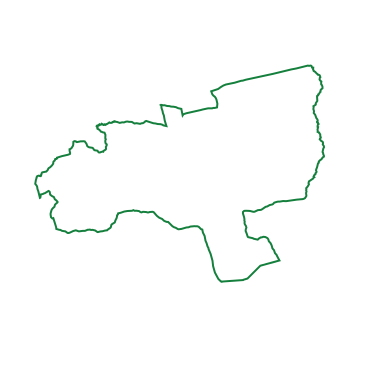 Chunya, Mbeya, United Republic of Tanzania, rotated 77°
{"feature_id": "72390352B92011686492741", "entity_name": "Chunya", "entity_type": "district", "adm_level": 2, "iso_a3": "TZA", "parent_name": "United Republic of Tanzania", "parent_adm1": "Mbeya", "projection": "robinson", "projection_center": [33.407, -7.806], "detail": "fine", "context": "isolated", "style": "outline", "palette": "green", "viewbox_px": 384, "rotation_deg": 77, "n_neighbors": 0, "source": "geoboundaries", "source_scale": "gbopen_adm2", "svg_char_len": 6018}
<svg xmlns="http://www.w3.org/2000/svg" viewBox="0 0 384 384"><g transform="rotate(77 192 192)"><path d="M278.4,122.2L273.6,123.5L272.4,123.7L270.2,124.9L267.1,125.2L265.1,126.3L262.0,126.4L259.4,127.0L257.3,128.2L255.3,128.3L254.2,128.7L253.6,129.2L252.4,130.6L251.7,132.5L251.9,134.3L251.7,135.2L252.5,137.6L253.0,138.2L253.2,138.7L251.3,142.6L250.7,143.1L248.6,147.5L247.9,147.8L244.6,148.1L242.0,148.5L240.5,148.0L238.9,147.0L237.2,147.1L235.2,147.8L234.0,147.8L232.7,147.3L231.5,147.4L230.3,147.0L228.2,146.9L224.3,147.2L222.9,146.8L222.2,145.6L222.2,144.8L222.5,143.3L223.5,139.8L225.1,136.7L225.3,135.5L224.5,131.9L224.9,128.9L224.7,127.9L223.0,123.6L223.0,121.9L222.2,119.3L222.2,116.5L222.0,115.8L220.9,114.3L220.7,111.6L220.7,110.3L221.1,108.5L221.3,105.2L222.1,102.4L223.0,91.7L223.8,85.9L223.8,84.7L223.4,83.3L221.9,81.7L221.4,81.4L218.7,81.1L217.2,80.3L216.0,80.4L214.9,79.9L214.0,79.9L212.7,78.1L211.0,76.5L210.7,76.3L209.6,76.5L208.0,75.7L206.1,70.9L205.3,70.2L205.1,69.6L204.4,70.1L203.2,69.2L203.2,68.9L202.6,68.5L202.4,67.7L201.3,67.3L201.1,66.8L200.4,66.1L198.8,66.3L197.8,65.8L195.9,64.5L192.5,62.8L192.0,61.9L190.8,61.6L189.5,59.5L189.4,58.8L189.0,58.2L188.5,57.8L187.4,56.3L187.2,55.5L186.2,55.3L184.9,55.6L183.4,55.5L182.4,55.8L179.2,54.3L178.1,53.3L176.9,53.2L175.1,53.9L173.8,53.3L172.8,53.3L172.1,53.7L171.4,54.6L170.6,54.9L169.5,55.7L168.7,55.3L168.1,54.3L167.5,54.2L166.9,54.5L164.6,54.1L163.3,54.8L162.7,54.7L161.7,56.1L160.7,55.7L159.5,55.7L157.1,54.5L156.7,55.0L156.1,54.7L155.4,54.6L154.5,54.0L154.2,53.4L153.2,54.0L152.6,53.7L152.1,54.4L151.6,54.3L151.4,53.9L150.5,53.4L149.4,53.5L148.0,54.2L144.5,54.6L142.4,55.6L140.6,54.9L138.5,55.1L136.7,54.4L135.7,54.4L134.8,51.9L134.3,51.6L133.8,51.6L133.2,51.3L131.4,49.4L127.2,48.7L126.6,48.5L126.2,47.3L125.3,47.1L125.1,46.3L123.3,44.6L123.3,44.3L121.7,43.8L120.9,42.8L120.4,41.6L119.0,41.2L117.2,41.3L116.3,41.9L114.6,41.6L113.4,41.1L112.3,42.0L111.1,42.4L109.5,41.8L109.0,41.1L107.1,41.3L106.5,41.9L106.0,43.0L105.2,43.2L104.7,43.8L102.7,44.9L101.5,46.2L101.0,46.1L100.0,46.5L98.1,45.9L97.7,47.1L96.4,47.1L95.8,47.5L95.5,48.0L95.4,49.7L94.9,50.6L94.9,51.3L95.1,62.7L94.9,67.8L95.1,86.5L94.7,114.2L94.9,117.6L94.7,119.1L95.1,125.9L94.9,134.8L95.3,137.5L96.3,140.5L97.5,143.3L98.2,150.6L101.5,150.2L103.0,149.4L104.3,148.3L105.8,147.7L107.5,147.4L111.7,147.4L115.2,148.6L115.2,151.1L114.9,152.2L115.0,153.6L114.1,157.5L114.0,163.1L114.1,165.0L114.0,179.7L114.2,182.0L114.3,182.8L115.3,183.9L108.6,183.7L107.2,186.7L105.7,188.6L104.6,191.2L104.1,193.2L103.3,194.5L102.6,196.9L101.3,199.2L101.1,200.4L100.1,202.6L100.2,202.9L100.9,202.4L103.2,202.8L106.6,202.5L108.6,202.6L111.1,202.2L116.1,202.5L122.0,202.1L120.6,205.0L119.8,205.7L118.8,207.5L118.1,210.0L117.0,212.2L116.3,214.2L112.5,220.6L112.6,221.6L113.3,222.6L113.9,224.4L113.7,225.6L113.9,227.3L112.5,230.5L112.3,232.7L110.2,234.8L109.4,237.8L108.9,238.7L108.6,240.4L108.9,242.7L108.4,244.3L108.4,246.9L106.9,249.2L106.4,250.6L105.6,251.4L105.6,251.9L106.1,252.0L106.2,252.3L105.9,253.4L105.9,253.7L106.4,254.0L106.5,255.0L106.2,256.3L105.6,256.9L106.6,259.2L106.6,260.4L106.9,260.6L106.8,260.9L107.1,261.4L106.4,262.1L106.9,262.8L106.8,263.2L106.4,263.3L105.3,264.5L105.8,264.8L105.5,266.2L105.9,266.1L106.0,267.0L105.4,267.2L105.7,267.6L105.7,268.0L106.4,268.3L106.4,269.3L106.0,269.6L106.2,270.0L106.5,270.2L107.2,270.0L108.0,269.5L108.4,269.5L108.7,269.9L109.1,269.9L110.5,268.3L112.9,267.0L113.1,266.3L113.7,265.7L114.5,263.9L116.9,263.5L120.1,264.4L121.2,264.1L121.9,264.7L123.6,265.2L125.3,265.2L126.3,264.4L126.7,264.4L127.6,264.8L128.7,265.8L130.7,266.1L131.3,266.7L132.1,269.1L132.7,269.4L132.5,269.7L132.6,271.9L132.8,272.8L132.6,273.7L131.9,274.3L130.5,274.8L129.3,277.7L126.8,278.8L126.5,279.2L125.3,282.2L124.4,283.2L123.7,283.7L121.2,284.0L118.6,285.1L118.1,286.4L117.9,287.9L117.6,288.9L117.5,292.9L117.1,293.5L116.5,293.8L116.0,295.2L116.4,296.3L119.3,297.1L120.2,297.6L122.1,299.5L122.8,301.0L122.8,301.7L124.3,302.0L126.7,302.0L127.5,302.4L127.8,304.4L127.8,310.8L128.2,315.8L128.8,315.8L129.0,316.0L129.3,317.0L129.1,317.8L130.5,318.7L131.0,319.8L131.5,320.3L133.2,320.9L134.5,322.3L136.0,324.7L136.4,326.0L136.9,326.8L137.9,327.4L139.3,329.3L139.2,333.5L139.9,334.3L141.2,334.9L141.5,335.4L142.2,335.4L142.5,335.8L142.3,336.6L141.6,337.6L141.7,339.4L141.4,339.2L145.4,341.5L148.8,342.9L150.7,342.0L152.0,341.7L154.3,341.9L156.7,341.6L163.5,341.5L163.4,341.1L161.8,340.4L161.0,340.3L160.4,339.9L160.4,337.8L160.1,336.8L160.1,335.7L158.7,331.6L159.3,330.9L160.0,330.6L162.6,330.8L164.3,329.5L165.9,327.7L168.2,327.3L169.8,326.0L171.4,325.2L171.9,325.4L172.9,327.4L173.6,328.4L175.5,329.4L176.4,331.1L177.4,332.4L178.3,333.1L181.1,334.6L182.4,334.9L184.9,335.0L186.4,334.0L186.6,333.6L186.4,333.0L195.6,332.3L197.5,332.5L199.0,329.8L199.3,328.8L200.6,327.4L201.9,324.2L203.9,322.5L204.2,321.3L204.1,320.1L203.3,316.5L203.2,313.8L204.8,311.3L205.0,310.5L205.3,307.1L205.8,305.1L205.3,302.0L205.6,300.8L205.6,300.0L206.3,298.9L206.5,297.4L207.7,295.0L209.7,293.2L209.9,292.7L209.8,290.2L210.1,288.0L210.0,285.7L210.2,283.2L209.8,282.8L208.5,279.5L207.7,278.8L205.9,278.0L205.3,277.1L204.3,274.1L202.6,273.1L201.3,272.1L200.9,271.6L199.0,270.6L198.0,270.3L197.5,269.8L197.2,269.2L196.2,268.8L196.2,266.2L195.8,262.4L196.0,259.2L196.8,254.6L196.5,253.2L197.4,252.1L197.8,250.2L198.7,247.9L200.0,246.7L200.5,245.8L200.3,244.2L201.2,241.2L202.0,239.7L202.1,239.0L202.0,237.7L202.4,234.9L203.0,233.9L207.3,231.6L209.8,229.6L211.5,227.2L213.9,225.6L215.4,223.5L215.8,222.0L220.9,218.8L222.3,217.4L223.2,215.9L224.9,214.2L225.3,213.5L225.6,210.6L225.3,205.4L225.6,203.3L225.3,201.4L225.8,197.7L226.4,195.3L226.6,194.5L227.4,193.3L230.3,191.5L230.9,190.4L234.0,190.5L237.7,189.6L242.5,189.8L245.2,189.3L248.6,189.1L250.2,188.6L251.4,188.7L256.4,187.8L263.6,187.5L268.9,188.1L275.6,187.8L282.6,185.9L285.6,184.0L286.1,183.3L285.9,183.0L286.2,182.4L286.2,181.7L289.3,162.0L289.1,161.8L288.8,157.4L279.2,142.0L278.4,122.2Z" fill="none" stroke="#15803d" stroke-width="2"/></g></svg>